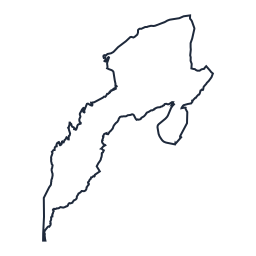 Álvaro Obregón, Distrito Federal, Mexico
{"feature_id": "50627088B40867789831211", "entity_name": "Álvaro Obregón", "entity_type": "district", "adm_level": 2, "iso_a3": "MEX", "parent_name": "Mexico", "parent_adm1": "Distrito Federal", "projection": "natural_earth1", "projection_center": [-99.259, 19.318], "detail": "fine", "context": "isolated", "style": "outline", "palette": "slate", "viewbox_px": 256, "rotation_deg": 0, "n_neighbors": 0, "source": "geoboundaries", "source_scale": "gbopen_adm2", "svg_char_len": 5752}
<svg xmlns="http://www.w3.org/2000/svg" viewBox="0 0 256 256"><path d="M45.4,240.6L45.0,238.7L44.8,236.6L44.6,236.3L44.8,234.2L44.7,233.5L44.2,232.9L44.4,231.9L44.9,230.5L47.8,226.8L48.7,226.4L49.3,226.7L50.5,225.0L50.7,223.9L50.3,223.4L50.6,222.9L50.3,221.5L50.9,220.3L51.1,219.7L51.2,218.9L51.1,217.3L51.8,216.4L52.1,216.6L52.4,216.5L52.4,215.6L52.2,215.1L52.5,214.5L52.4,214.1L52.9,213.4L53.2,212.0L53.7,211.2L53.7,210.9L52.9,209.9L53.1,209.4L53.7,209.2L54.1,208.8L54.8,209.0L55.9,208.9L56.5,208.4L57.7,208.4L58.8,208.2L60.4,207.1L63.2,207.6L64.3,207.3L65.8,206.7L66.2,206.3L66.8,206.3L67.5,206.0L67.7,205.4L68.0,205.2L68.5,203.9L69.2,203.2L69.5,203.1L70.4,203.4L72.4,202.7L72.6,202.1L73.5,201.0L73.7,200.5L75.6,199.6L76.6,198.5L76.8,197.6L76.8,196.7L77.4,195.5L78.2,194.5L78.4,193.6L80.3,192.5L81.7,191.0L84.0,191.2L85.5,190.5L86.4,189.0L86.6,187.3L86.9,187.1L87.9,185.4L88.7,184.7L88.9,183.9L88.7,183.5L88.2,183.2L88.0,182.3L88.5,181.8L89.0,181.2L89.8,179.5L90.7,178.9L91.1,177.4L92.2,177.2L92.8,176.7L93.3,176.1L93.9,176.1L94.4,176.4L94.7,176.0L94.8,174.8L99.8,171.4L96.7,166.3L98.3,163.3L100.0,160.9L100.8,159.5L100.8,159.0L101.0,158.1L101.2,157.8L101.5,157.0L101.9,154.6L101.7,154.1L101.9,153.0L102.9,152.4L103.8,150.4L103.1,150.1L101.9,148.9L101.1,148.7L102.0,147.9L103.1,146.5L105.3,145.2L105.0,144.9L103.5,144.3L103.0,143.4L102.5,143.0L102.2,142.4L102.0,141.1L102.6,140.3L102.3,140.0L103.5,136.8L103.2,136.4L103.0,136.7L102.9,136.2L103.4,135.6L104.1,134.1L105.3,133.5L106.2,133.2L106.1,133.5L106.3,133.8L107.1,134.1L108.1,134.2L109.6,131.8L111.1,130.5L112.0,129.3L112.7,128.6L113.5,126.2L114.3,124.9L115.7,123.2L117.4,121.8L118.5,119.9L118.8,118.7L120.0,117.0L121.4,116.5L122.1,116.6L123.3,116.3L125.8,116.3L126.5,116.1L127.6,115.3L130.8,114.9L131.3,114.5L132.2,114.3L133.0,114.5L133.8,115.1L135.7,118.8L136.6,119.8L137.7,119.4L138.2,119.7L139.9,119.4L140.9,118.8L141.4,117.8L143.5,116.6L144.2,116.1L145.7,114.4L146.0,113.7L146.4,113.4L146.7,112.7L148.8,111.8L151.2,110.3L152.2,110.4L154.5,109.3L154.6,109.1L154.5,108.8L156.5,107.8L157.7,107.4L160.1,107.2L160.8,106.7L162.4,106.3L163.0,105.6L163.6,105.5L164.1,105.2L164.4,104.4L164.9,104.0L166.3,103.8L167.7,104.3L168.1,104.2L168.7,104.3L172.1,102.1L173.1,102.2L171.8,104.6L173.5,103.8L174.0,104.3L172.3,106.1L171.0,108.1L168.0,115.3L167.2,116.7L165.5,118.6L158.7,124.2L157.9,125.2L157.6,126.1L157.5,127.3L158.6,133.9L159.6,136.4L161.2,138.9L162.3,140.4L163.7,141.6L165.5,142.4L166.6,142.7L175.0,144.4L175.3,143.1L175.6,143.6L181.2,137.2L180.9,136.9L180.1,136.8L180.1,136.2L187.0,123.2L187.3,112.1L185.6,108.9L185.5,108.2L185.6,107.7L184.9,107.5L181.5,108.2L181.6,107.8L182.9,105.9L183.6,105.2L187.8,104.0L191.2,103.4L191.9,102.3L192.3,101.9L192.2,101.0L192.5,101.1L193.5,99.6L194.5,98.7L195.2,97.9L196.1,97.6L196.5,96.7L198.4,94.7L199.2,94.5L199.9,93.0L200.5,90.6L200.9,90.5L201.7,89.6L202.8,90.0L203.1,89.7L203.6,87.1L203.8,86.6L206.3,83.8L206.8,82.9L208.8,80.9L211.5,77.2L212.9,73.5L211.2,72.1L209.8,70.3L206.2,66.2L204.6,67.9L204.3,68.7L203.9,68.9L202.0,69.2L201.1,69.6L199.6,70.7L197.4,70.7L195.9,70.0L194.8,69.1L193.5,69.0L191.4,68.4L191.7,63.9L190.6,60.8L190.7,57.3L190.2,55.3L190.8,49.7L190.6,47.1L190.6,43.1L192.2,38.5L194.4,28.7L194.3,28.0L191.9,21.2L191.1,19.9L190.1,18.8L190.0,18.1L190.1,15.4L183.6,16.3L179.3,18.2L169.7,19.7L167.3,20.6L164.9,22.0L155.2,25.7L153.6,26.0L151.0,25.8L148.1,26.5L146.9,27.0L145.2,27.0L141.3,28.8L139.8,28.7L139.3,28.9L138.3,29.7L138.0,30.2L138.0,32.5L137.3,34.6L134.6,36.9L133.4,37.5L131.4,36.9L130.3,37.1L125.8,41.3L118.1,47.1L114.0,51.4L113.2,52.1L111.0,53.3L107.4,54.0L106.2,55.3L104.8,55.1L104.1,55.3L103.6,55.6L103.4,56.5L103.8,57.9L105.3,57.4L105.5,58.5L105.5,59.2L105.1,60.3L104.5,61.0L105.3,61.5L105.9,61.4L106.7,60.6L107.6,58.8L107.9,57.6L108.6,57.1L109.0,57.5L107.2,62.7L107.1,63.7L107.5,66.8L107.4,67.7L107.1,68.3L109.0,69.2L111.5,70.1L112.5,70.7L113.3,71.6L113.5,72.2L114.8,80.6L115.5,83.8L115.4,85.9L115.7,86.2L116.5,86.0L116.7,86.4L115.5,87.3L114.9,88.3L114.0,88.5L113.4,89.0L113.6,89.1L114.3,88.7L115.0,88.8L115.7,88.5L115.8,88.7L114.4,89.4L114.0,89.4L113.7,89.8L112.5,90.1L112.2,90.4L111.3,90.3L110.9,91.2L110.1,91.4L110.0,92.3L109.3,92.4L109.1,93.1L108.5,93.4L108.1,93.9L107.1,93.9L106.2,95.7L105.3,96.8L104.1,96.6L102.8,97.7L94.1,102.3L92.8,102.4L92.1,102.8L91.1,102.7L91.2,103.2L92.2,103.8L92.4,104.2L92.3,105.3L92.2,105.5L91.9,105.6L90.4,105.1L88.2,103.7L87.4,103.7L86.9,103.9L84.1,110.9L84.2,111.7L85.0,112.7L83.6,112.1L83.2,111.6L83.1,110.7L83.9,108.4L83.8,108.0L83.6,107.9L83.2,108.1L81.9,109.7L81.1,111.4L79.9,113.5L79.8,114.5L80.4,116.3L80.4,116.8L79.4,119.0L79.3,120.1L79.7,122.0L80.5,122.6L80.8,123.0L80.6,123.7L78.6,124.3L77.8,124.9L77.3,125.8L77.1,127.1L76.4,129.0L76.2,129.5L75.9,129.7L75.2,128.8L74.5,129.3L74.1,129.2L74.2,128.1L73.8,127.4L72.2,126.7L71.6,125.7L71.2,124.0L70.6,123.6L70.0,122.6L69.6,122.6L69.4,125.3L69.0,126.0L68.8,127.3L68.3,127.5L68.1,127.8L68.8,128.6L68.9,129.7L70.1,133.5L69.6,135.5L68.9,135.9L68.7,137.0L68.7,139.4L68.2,139.4L67.1,137.7L66.5,137.3L65.4,139.5L64.6,140.0L63.6,142.4L63.1,142.4L62.3,141.4L62.0,141.6L61.9,142.9L61.4,144.4L60.4,145.2L60.0,145.2L59.7,144.7L59.8,143.8L59.7,143.0L58.9,142.0L58.6,142.1L58.2,143.0L57.5,142.8L57.3,143.0L56.9,143.5L56.5,144.6L56.5,145.0L56.8,146.2L56.7,146.4L55.6,146.5L55.0,147.2L54.7,147.9L54.6,150.0L53.8,150.0L53.3,150.2L52.6,151.2L51.9,151.9L52.5,153.0L51.8,155.3L51.5,155.9L51.1,157.4L51.1,158.4L51.3,159.0L51.1,159.5L51.2,159.9L51.1,160.6L51.2,161.7L51.6,162.8L51.7,163.9L52.6,165.2L52.1,168.1L51.7,168.8L51.6,170.2L52.1,172.5L52.5,173.4L52.6,175.4L52.0,178.6L51.6,179.2L51.3,180.6L51.4,181.3L51.1,182.1L51.1,183.3L50.8,185.0L49.2,187.2L43.8,197.9L44.0,216.8L43.2,233.1L43.1,240.6L45.4,240.6Z" fill="none" stroke="#1e293b" stroke-width="2"/></svg>